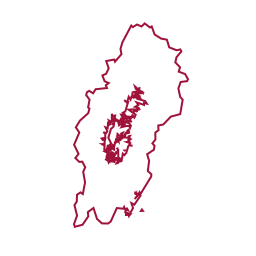 the district of Chepo, Panama, rotated 279°
{"feature_id": "35544464B69999703107277", "entity_name": "Chepo", "entity_type": "district", "adm_level": 2, "iso_a3": "PAN", "parent_name": "Panama", "parent_adm1": "", "projection": "orthographic", "projection_center": [-78.725, 9.102], "detail": "fine", "context": "isolated", "style": "outline", "palette": "rose", "viewbox_px": 256, "rotation_deg": 279, "n_neighbors": 0, "source": "geoboundaries", "source_scale": "gbopen_adm2", "svg_char_len": 6021}
<svg xmlns="http://www.w3.org/2000/svg" viewBox="0 0 256 256"><g transform="rotate(279 128 128)"><path d="M221.5,146.7L224.5,139.7L232.0,135.5L230.7,134.0L233.9,128.1L230.4,125.5L231.6,120.7L228.4,117.0L229.7,115.2L211.8,109.1L204.9,108.2L199.9,110.0L191.5,104.8L193.5,103.8L190.7,96.0L183.9,99.6L178.1,97.9L175.9,94.5L170.5,97.6L169.4,101.9L166.8,99.4L164.2,101.0L161.2,89.9L156.8,88.1L158.6,83.9L157.0,81.9L154.0,81.5L150.0,85.6L142.1,85.4L141.1,86.9L136.4,86.4L127.8,79.4L120.5,76.4L115.9,80.6L103.0,77.4L94.7,83.2L90.1,80.7L86.9,85.2L87.6,88.1L82.5,91.9L77.7,90.6L67.6,94.1L55.7,93.7L57.0,91.2L54.1,88.1L47.3,88.9L43.4,87.2L33.5,91.4L24.7,89.7L22.1,90.9L25.3,98.2L34.5,102.6L38.6,101.5L43.6,106.4L33.4,111.6L29.7,117.2L30.6,123.4L33.0,125.6L47.2,129.5L47.5,135.8L49.4,136.5L47.4,137.6L48.4,139.6L46.8,140.8L47.4,138.9L44.5,138.4L43.6,142.5L43.4,139.3L41.7,139.6L42.7,143.3L41.9,142.6L41.3,142.8L44.5,144.4L43.2,143.2L49.8,145.5L54.4,143.1L53.3,146.3L63.2,150.9L64.5,149.3L58.9,145.7L63.7,148.4L63.8,146.9L64.8,146.6L64.5,146.5L64.1,145.7L64.7,145.2L65.4,145.3L63.9,148.5L66.3,149.4L64.4,150.5L83.6,158.5L86.0,158.3L88.6,154.3L98.9,154.0L105.1,151.0L110.5,156.9L114.6,157.0L116.6,154.5L120.9,156.9L127.8,155.7L130.6,158.5L135.2,157.5L137.0,162.3L146.0,168.6L149.9,177.4L164.5,177.6L166.8,174.7L174.9,171.6L181.7,172.8L183.5,179.0L185.6,179.6L190.2,176.0L191.6,169.3L196.1,169.9L200.2,164.5L205.4,164.8L212.0,168.7L213.8,167.4L212.4,163.9L214.1,156.1L221.3,152.6L221.5,146.7ZM111.4,131.8L111.1,135.3L111.1,131.7L110.1,131.1L103.1,130.2L100.6,128.6L101.8,126.9L94.3,126.8L93.3,124.5L94.1,123.6L91.9,123.6L91.3,122.3L94.3,123.4L95.5,125.4L96.9,124.6L97.1,123.4L95.3,124.2L94.7,121.7L95.5,120.0L92.3,120.0L92.9,115.5L90.8,114.3L92.7,113.5L93.9,115.3L93.1,113.0L93.9,112.8L93.5,112.2L93.9,112.1L93.3,111.4L93.5,111.1L95.1,111.8L94.3,115.6L96.3,111.3L98.3,111.6L98.0,114.6L99.8,112.7L101.0,113.8L100.1,112.0L100.9,109.7L101.6,113.4L102.4,110.3L104.6,111.6L102.5,114.3L104.7,113.0L104.5,113.7L105.0,113.6L104.7,114.0L105.1,114.2L105.1,115.3L105.6,116.3L104.6,117.0L104.4,117.7L105.7,117.5L106.8,110.9L102.2,109.8L102.6,108.0L108.1,107.5L107.3,106.6L108.0,104.9L108.4,107.0L113.4,107.2L112.1,105.2L113.5,103.6L114.8,107.1L118.9,106.4L120.0,104.3L119.5,107.2L121.6,108.1L125.2,105.6L124.7,108.0L131.2,107.3L128.7,108.0L128.1,108.8L129.1,110.1L132.4,108.0L131.3,111.1L139.5,109.8L135.8,111.9L137.6,111.3L138.3,113.4L135.3,113.5L133.7,117.5L131.9,118.3L136.2,119.7L136.7,122.9L137.8,120.7L140.0,119.2L139.7,122.0L142.1,120.3L143.9,122.7L153.2,124.0L152.7,123.2L155.0,119.9L153.3,123.2L158.9,123.8L156.4,126.1L159.4,126.5L158.6,129.5L160.2,127.2L164.0,127.0L166.4,133.2L168.0,129.5L170.1,128.4L167.7,132.2L170.1,133.4L167.5,132.6L165.9,135.8L165.8,134.4L165.1,133.3L165.1,132.4L164.9,132.3L164.5,136.4L163.9,132.2L162.6,132.9L161.9,132.0L161.1,134.6L160.5,135.1L161.1,133.9L159.4,133.5L160.3,132.5L159.0,132.3L158.3,132.5L157.3,140.7L155.0,142.8L155.2,139.9L153.3,140.2L154.7,132.4L152.4,134.6L150.0,131.7L149.7,134.7L147.6,133.4L148.8,135.7L148.2,136.3L146.9,133.9L145.1,134.4L146.9,133.2L145.7,132.1L148.2,131.6L145.6,131.2L147.2,130.2L146.2,125.7L142.3,133.5L139.3,132.7L141.9,129.7L139.5,131.2L139.2,124.3L141.8,121.6L139.8,122.5L137.8,121.9L137.6,123.9L138.8,123.1L139.6,123.5L137.1,124.8L137.7,129.2L135.7,128.4L134.7,130.9L135.3,125.2L133.4,124.3L132.9,128.3L130.8,130.5L128.3,130.0L130.3,128.9L129.4,125.2L131.0,124.3L129.0,124.4L127.9,121.7L130.6,123.2L129.8,121.6L136.1,122.9L133.8,121.4L134.6,120.2L132.1,120.8L129.3,118.8L133.1,117.0L133.4,113.6L127.1,113.5L124.4,111.3L115.4,110.1L110.2,113.7L107.1,111.8L108.6,113.9L106.2,115.2L108.9,115.8L108.1,117.2L116.5,118.2L113.6,119.1L113.4,120.6L113.2,120.8L115.1,120.3L116.2,120.9L115.8,121.5L116.2,121.9L117.8,118.6L120.5,118.6L118.0,122.7L121.4,122.1L122.5,123.7L118.8,122.7L119.8,125.4L122.8,126.5L124.6,128.4L125.2,127.9L126.1,128.7L123.6,129.9L121.9,126.5L118.1,126.2L118.5,130.0L119.9,129.9L120.1,130.2L120.4,131.1L118.8,130.3L117.6,132.3L116.1,129.4L116.6,131.3L115.0,131.6L114.0,128.9L113.3,132.6L111.4,131.8ZM165.0,136.0L165.7,136.7L164.7,137.1L165.0,136.0ZM161.0,134.1L160.9,134.1L160.0,134.0L160.9,133.9L161.0,134.1ZM159.8,134.8L159.6,135.1L159.4,134.4L159.8,134.8ZM96.5,118.1L96.5,123.2L105.6,121.6L102.1,121.0L102.4,119.1L101.9,120.6L96.5,118.1ZM96.9,113.0L95.7,115.4L96.9,114.9L96.4,116.8L93.2,117.0L94.6,117.9L95.1,117.2L97.0,117.9L98.1,117.0L99.1,117.4L96.9,113.0ZM162.2,129.8L159.3,130.4L159.3,131.0L162.3,131.0L163.0,132.2L163.5,131.5L162.3,130.5L162.2,129.8ZM135.5,112.0L132.9,111.5L132.9,112.0L135.5,112.0ZM49.7,154.5L48.1,153.8L48.5,155.7L49.7,154.5ZM165.1,130.2L162.5,129.8L164.9,131.4L165.1,130.2ZM115.7,121.6L114.5,121.1L114.8,122.1L115.7,121.6ZM130.1,112.9L129.4,112.2L129.2,112.7L130.1,112.9ZM107.8,117.3L107.3,116.1L106.8,117.2L107.8,117.3ZM108.2,111.5L107.2,110.8L106.9,111.3L108.2,111.5ZM118.5,125.8L118.1,124.6L117.9,125.2L118.5,125.8ZM100.9,116.7L100.1,116.8L100.6,117.1L100.9,116.7ZM113.4,120.4L112.5,119.6L113.0,120.6L113.4,120.4ZM105.0,114.5L104.2,114.6L104.7,115.1L105.0,114.5ZM105.4,128.6L105.3,128.3L104.9,129.0L105.4,128.6ZM117.0,123.3L116.2,123.0L116.6,123.6L117.0,123.3ZM99.0,118.2L98.1,117.7L98.5,118.3L99.0,118.2ZM113.4,118.3L112.6,117.9L112.9,118.8L113.4,118.3ZM106.0,120.6L105.5,121.0L106.1,120.8L106.0,120.6ZM160.9,128.4L161.0,127.9L160.3,128.4L160.9,128.4ZM99.7,117.6L99.4,116.8L99.1,117.5L99.7,117.6ZM132.0,122.7L132.1,122.2L131.7,122.1L132.0,122.7ZM100.6,114.9L99.9,114.7L100.0,115.1L100.6,114.9ZM101.1,117.1L101.7,116.4L101.2,116.6L101.1,117.1ZM94.4,118.4L94.5,118.1L94.2,117.9L94.4,118.4ZM99.6,116.0L99.2,115.6L98.8,116.1L99.6,116.0ZM119.1,124.5L118.1,124.3L118.6,124.5L119.1,124.5ZM99.5,114.7L99.9,114.2L99.2,114.5L99.5,114.7ZM161.1,131.8L160.6,131.5L161.2,132.3L161.1,131.8ZM95.5,118.8L95.9,118.0L95.7,117.9L95.5,118.8ZM99.8,115.9L99.4,115.0L99.2,115.5L99.8,115.9ZM112.1,118.5L112.0,117.9L111.4,118.1L112.1,118.5ZM164.4,131.8L164.7,131.7L164.5,131.4L164.4,131.8Z" fill="none" stroke="#9f1239" stroke-width="2"/></g></svg>